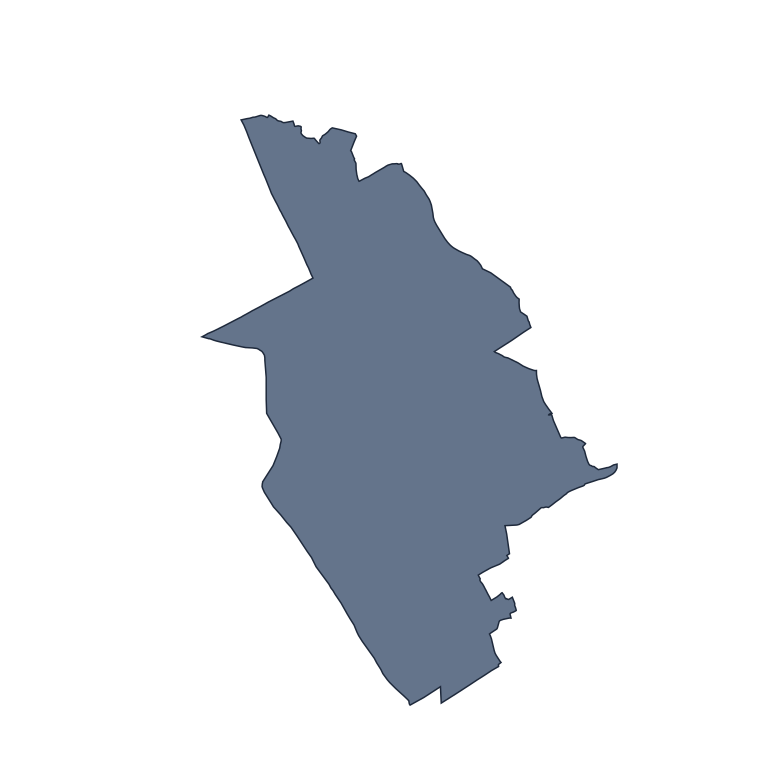 Lat Bua Luang, Phra Nakhon Si Ayutthaya, Thailand (Natural Earth projection), rotated 57°
{"feature_id": "78962969B9054765011768", "entity_name": "Lat Bua Luang", "entity_type": "district", "adm_level": 2, "iso_a3": "THA", "parent_name": "Thailand", "parent_adm1": "Phra Nakhon Si Ayutthaya", "projection": "natural_earth1", "projection_center": [100.34, 14.17], "detail": "fine", "context": "isolated", "style": "filled", "palette": "slate", "viewbox_px": 768, "rotation_deg": 57, "n_neighbors": 0, "source": "geoboundaries", "source_scale": "gbopen_adm2", "svg_char_len": 6117}
<svg xmlns="http://www.w3.org/2000/svg" viewBox="0 0 768 768"><g transform="rotate(57 384 384)"><path d="M250.8,506.1L250.8,505.7L254.7,502.8L256.7,501.1L259.6,498.4L269.2,489.2L275.6,482.8L278.0,480.3L282.0,474.8L285.1,471.1L286.8,470.1L287.9,469.7L289.9,468.7L291.3,468.5L294.7,468.6L297.2,469.7L299.2,471.0L314.3,479.2L333.1,491.4L344.7,498.4L349.8,498.7L367.2,499.6L374.3,500.3L375.8,501.3L378.2,503.9L381.0,506.4L386.5,513.6L392.0,521.5L400.0,539.1L400.5,539.4L401.4,540.4L403.6,542.1L405.3,542.6L409.7,543.3L422.9,543.5L426.8,543.6L437.7,541.9L447.2,541.0L453.3,540.0L464.2,539.7L482.6,539.6L490.1,539.3L500.3,540.5L522.0,539.2L526.3,539.6L529.4,539.3L533.8,539.5L544.3,539.3L556.7,540.1L562.2,540.3L569.9,540.4L577.2,541.8L581.2,542.3L588.1,542.4L608.7,541.5L613.9,542.0L621.7,542.1L626.3,542.7L633.7,542.3L637.5,541.8L645.9,540.0L657.3,537.0L663.1,535.7L666.1,537.0L667.5,537.0L668.6,521.1L668.6,501.5L682.8,509.8L683.0,491.1L683.0,475.5L682.9,466.9L683.0,458.1L682.9,450.0L683.3,441.7L682.0,441.1L681.6,440.8L681.3,437.5L679.6,437.7L673.0,437.7L670.3,437.5L667.4,436.7L656.3,432.7L652.9,431.9L651.1,431.7L651.0,430.8L650.9,423.1L650.8,422.5L650.1,421.5L646.1,417.0L645.8,416.6L645.6,415.9L645.7,414.7L646.4,412.0L648.5,406.5L648.9,405.8L649.5,405.0L648.5,404.6L645.9,403.7L645.5,403.5L645.3,403.2L645.2,402.8L645.2,402.0L645.8,399.5L646.0,396.8L645.9,396.4L645.4,396.2L643.2,395.5L641.3,395.1L640.7,394.9L639.5,394.0L638.6,393.7L632.7,392.5L632.6,396.8L632.4,397.0L631.9,397.4L631.7,397.9L630.9,398.0L630.7,398.1L630.5,398.8L630.4,398.9L628.7,398.9L626.3,398.4L623.4,398.6L623.3,398.9L623.4,400.2L623.7,401.1L624.1,405.5L623.9,412.0L619.8,411.5L616.7,411.3L612.2,410.8L610.5,410.7L608.9,410.5L606.3,410.3L604.7,410.3L602.9,410.6L601.0,410.5L600.5,410.3L600.3,410.1L599.9,409.5L599.6,409.4L597.1,409.2L595.6,409.0L595.7,403.9L596.2,396.2L596.4,394.2L598.1,385.0L597.9,378.5L598.0,374.6L597.9,374.5L594.7,374.4L594.7,371.2L576.6,362.8L568.7,359.7L574.4,349.8L574.7,349.2L575.4,347.1L575.9,338.6L575.9,333.6L575.7,332.7L575.1,331.9L574.9,331.1L574.7,329.9L574.7,329.2L574.5,327.2L573.4,319.8L573.5,319.4L573.6,318.9L574.2,318.2L574.6,317.6L575.3,315.3L575.8,314.6L577.1,313.3L576.8,308.4L576.4,304.4L576.1,298.5L575.5,293.9L575.4,290.6L575.1,289.9L575.0,289.2L575.0,287.9L575.4,284.8L576.5,278.8L576.9,276.8L577.9,272.7L578.0,271.4L577.9,271.0L577.4,270.1L577.4,269.4L577.6,268.6L579.5,261.7L580.9,256.3L582.1,253.1L583.0,250.5L583.4,248.8L583.6,247.5L583.9,244.0L584.0,241.0L583.6,238.6L582.7,236.4L581.3,234.3L578.1,232.2L576.9,235.6L576.7,239.0L576.2,241.3L575.5,242.7L575.1,244.0L572.6,250.8L572.4,251.0L569.1,252.3L568.0,252.6L567.5,252.9L566.8,254.0L565.3,254.7L564.4,255.5L563.8,255.7L562.7,255.8L559.8,255.4L554.6,254.0L549.6,252.3L545.2,251.7L544.9,251.5L544.6,250.8L543.8,247.5L543.7,247.4L541.9,248.1L539.2,249.2L538.5,249.6L536.1,251.7L532.8,253.2L532.3,253.7L530.7,256.5L529.2,258.7L527.2,261.1L526.2,264.0L526.0,264.5L525.7,264.7L525.5,264.8L524.7,264.8L507.4,261.9L505.8,261.5L501.5,260.2L501.0,260.3L500.7,260.6L499.8,262.6L499.6,262.7L499.4,262.2L499.4,261.1L499.6,260.5L500.2,259.5L500.2,259.1L494.8,259.5L489.1,259.7L485.7,259.6L480.4,258.4L474.9,256.4L470.1,254.9L465.7,253.6L462.7,252.6L458.9,250.8L455.7,248.8L455.2,249.7L454.3,250.8L450.1,254.1L447.2,256.0L444.5,257.7L439.4,260.0L429.7,265.8L427.0,268.4L424.3,269.5L422.3,270.7L421.1,271.3L418.2,273.4L416.9,273.8L416.9,268.8L416.9,268.4L417.0,253.2L416.6,239.0L416.6,230.0L413.2,229.3L411.3,228.6L410.8,228.5L409.7,228.6L405.0,227.2L397.9,230.2L394.6,229.3L392.6,228.3L389.3,226.4L386.4,224.4L384.1,225.3L382.3,225.6L378.3,225.7L375.2,225.3L373.9,225.6L372.8,225.5L371.6,225.2L348.9,233.9L341.0,238.7L337.2,238.2L334.0,238.4L331.3,238.8L328.5,239.9L324.7,241.2L322.8,242.2L320.3,244.2L316.2,246.9L312.9,248.9L309.2,250.8L307.3,251.7L305.2,252.4L303.3,252.9L299.6,253.5L295.0,253.8L291.1,253.7L279.6,253.4L276.0,253.1L273.8,252.7L271.2,251.9L267.4,250.0L259.7,246.8L256.0,245.9L253.5,245.5L248.2,245.5L244.1,245.2L240.1,245.7L235.9,246.1L232.2,246.3L227.4,247.3L222.6,248.9L218.4,250.6L216.5,251.7L210.0,249.7L208.9,249.4L208.5,249.4L208.4,249.5L208.0,251.3L207.4,252.4L207.2,252.6L206.8,252.5L206.1,253.3L204.7,255.9L204.2,256.6L203.7,257.6L203.5,258.4L202.6,261.4L202.4,264.4L202.5,265.2L201.9,276.1L201.9,278.1L201.8,280.7L201.8,283.6L201.7,284.5L201.0,288.1L200.5,294.2L200.4,294.5L199.9,294.5L197.3,294.1L195.0,293.2L193.9,292.9L188.8,290.5L184.9,288.1L183.5,287.3L179.9,287.0L179.7,286.9L179.2,286.1L178.9,286.0L177.7,286.0L171.4,284.7L170.7,284.7L170.2,284.9L164.6,277.1L161.2,272.0L158.5,271.8L153.2,276.7L147.6,281.4L141.0,287.9L141.0,290.0L141.1,290.7L142.0,293.5L142.4,296.5L142.5,297.6L142.4,299.8L142.4,300.4L143.7,302.7L144.3,304.6L144.7,305.1L146.5,305.9L146.8,306.2L147.0,306.5L147.1,306.9L147.1,307.2L147.0,307.6L146.6,307.7L145.9,307.9L141.9,308.5L140.4,308.6L139.9,308.7L139.6,309.1L138.7,310.8L138.2,311.6L135.6,315.0L133.5,316.0L131.4,316.8L129.6,317.0L128.8,317.0L128.2,316.8L127.8,316.6L126.7,315.4L126.4,315.2L124.9,314.7L123.5,313.6L123.0,313.4L122.8,313.5L122.4,313.7L120.9,315.2L120.6,315.7L119.6,318.1L119.5,318.3L119.2,318.5L118.7,318.5L117.1,317.9L113.9,317.2L111.2,323.8L110.3,325.6L109.8,326.2L109.4,326.5L107.7,327.3L105.9,329.2L105.2,329.7L104.5,330.0L102.9,330.3L102.2,330.6L100.5,331.7L97.4,333.1L95.8,334.1L96.9,336.2L96.9,336.7L96.7,337.0L95.0,337.9L93.8,338.8L92.1,340.3L91.4,341.4L90.1,346.1L89.8,347.0L88.9,348.6L88.0,351.8L86.9,354.2L84.7,360.0L90.6,360.5L97.8,361.8L103.2,363.0L109.7,364.3L142.7,370.7L147.0,371.4L159.1,373.8L162.8,374.6L171.6,375.5L176.4,375.9L181.5,376.6L184.2,376.7L187.3,377.1L193.7,377.6L200.1,378.4L202.2,378.5L206.4,378.9L211.4,379.3L213.7,379.4L218.2,379.8L219.9,380.0L222.1,380.5L234.5,382.4L241.9,383.7L245.8,384.1L247.7,384.5L249.5,384.8L252.3,385.4L253.6,385.5L256.5,385.9L256.3,388.8L255.3,402.3L254.7,408.2L254.7,412.6L252.3,436.0L251.6,446.5L250.8,454.8L250.7,457.3L250.1,465.5L250.1,467.1L249.7,470.5L248.1,487.1L246.8,498.2L245.9,503.4L245.7,504.2L245.7,505.5L245.6,507.5L245.3,510.9L250.8,506.1Z" fill="#64748b" stroke="#1e293b" stroke-width="1.5"/></g></svg>